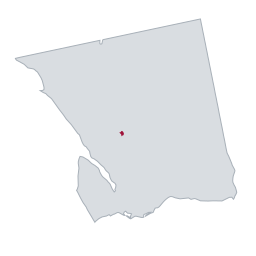 Abu Tig, Asyut, Egypt (highlighted), rotated 168°
{"feature_id": "37247803B24325700494067", "entity_name": "Abu Tig", "entity_type": "district", "adm_level": 2, "iso_a3": "EGY", "parent_name": "Egypt", "parent_adm1": "Asyut", "projection": "natural_earth1", "projection_center": [31.279, 27.037], "detail": "fine", "context": "in_parent", "style": "filled", "palette": "rose", "viewbox_px": 256, "rotation_deg": 168, "n_neighbors": 0, "source": "geoboundaries", "source_scale": "gbopen_adm2", "svg_char_len": 3606}
<svg xmlns="http://www.w3.org/2000/svg" viewBox="0 0 256 256"><g transform="rotate(168 128 128)"><path d="M223.7,219.5L218.5,219.6L213.3,219.6L208.0,219.6L202.8,219.6L197.6,219.6L192.4,219.6L187.1,219.6L181.9,219.6L176.7,219.6L171.5,219.6L166.3,219.6L161.0,219.6L155.8,219.6L150.6,219.6L145.4,219.6L140.2,219.6L137.2,219.6L137.7,217.9L138.0,216.7L137.7,215.9L136.6,215.7L136.0,215.9L134.4,219.4L133.6,219.6L131.8,219.6L125.7,219.6L119.6,219.6L113.5,219.6L107.4,219.6L101.4,219.6L95.3,219.6L89.2,219.6L83.1,219.6L77.1,219.6L71.0,219.6L64.9,219.6L58.8,219.6L52.7,219.6L46.7,219.6L40.6,219.6L34.5,219.6L34.6,215.3L34.6,211.1L34.7,206.8L34.7,202.5L34.8,198.3L34.8,194.0L34.9,189.8L34.9,185.5L35.0,181.3L35.0,177.0L35.1,172.8L35.1,168.5L35.2,164.2L35.2,160.0L35.3,155.7L35.3,151.5L35.4,147.2L35.5,143.0L35.5,138.7L35.6,134.4L35.6,130.2L35.7,125.9L35.8,121.7L35.8,117.4L35.9,113.1L35.9,108.9L36.0,104.6L36.1,100.4L36.1,96.1L36.2,91.8L36.3,87.6L36.3,83.3L36.2,82.5L35.4,79.6L34.7,76.0L33.9,71.4L33.8,70.0L32.4,65.3L32.3,64.0L32.7,63.1L35.1,59.1L35.8,57.2L36.5,54.9L36.7,53.1L36.1,50.2L35.3,47.7L35.1,45.1L35.0,42.5L36.2,40.7L37.7,39.1L38.2,38.1L39.1,36.9L39.7,36.4L40.8,38.7L43.3,39.1L51.2,37.1L59.9,39.1L64.8,39.9L72.2,41.7L76.7,44.8L77.9,45.2L81.2,45.1L83.3,47.0L91.8,47.9L96.3,49.9L98.9,51.6L100.4,52.1L101.8,52.0L103.6,51.4L106.0,50.2L108.5,48.6L113.8,44.5L115.6,43.8L116.8,44.0L118.3,43.9L118.9,42.8L119.7,42.1L120.2,41.2L121.0,40.2L123.7,39.9L129.2,38.1L128.6,38.9L123.6,40.9L125.7,41.2L127.9,40.5L130.4,40.1L130.9,39.2L131.2,37.6L131.7,37.4L133.4,37.7L138.5,40.1L139.8,40.2L143.4,38.9L144.2,38.6L145.3,39.3L148.0,42.4L147.1,42.3L144.2,39.7L144.0,41.0L142.4,43.3L144.4,44.3L146.0,44.7L146.9,45.9L147.5,47.1L149.1,46.6L150.3,45.0L149.7,44.2L149.3,43.3L149.8,43.2L150.9,44.0L154.2,46.9L155.3,47.5L156.5,47.4L159.2,46.6L159.9,46.7L163.5,45.6L163.9,46.4L164.5,47.2L167.3,46.4L171.8,46.4L175.4,45.4L179.7,43.1L180.0,42.7L180.2,43.3L180.8,44.9L182.1,48.9L183.2,52.1L184.7,56.5L185.1,58.2L185.3,59.3L187.4,64.2L188.6,68.1L189.5,71.4L190.7,76.1L191.3,77.7L190.4,78.6L188.7,81.6L186.9,91.4L184.3,99.0L184.0,103.7L183.6,105.4L182.4,107.9L180.8,110.2L178.1,109.0L173.6,104.8L171.0,100.9L168.2,98.3L165.5,95.0L164.8,92.5L164.8,91.0L163.7,87.2L162.8,85.4L159.6,81.3L158.6,79.2L157.9,78.2L157.2,76.9L156.1,71.6L154.8,68.3L153.3,69.2L153.6,70.6L152.3,72.6L151.6,74.8L152.2,76.6L154.8,79.4L155.3,80.7L155.9,83.3L155.9,86.9L156.3,88.1L158.3,90.8L159.0,92.4L159.4,93.8L160.1,95.0L162.0,97.4L164.8,101.8L167.5,104.8L169.5,106.2L170.3,107.7L170.5,111.4L170.4,113.2L172.1,116.5L172.7,118.2L174.3,119.6L175.1,121.2L175.8,123.8L176.9,131.4L178.3,133.2L182.8,143.2L186.5,149.5L188.4,154.2L191.2,160.0L196.7,172.6L199.9,176.5L201.2,178.7L203.5,180.3L206.1,182.8L203.7,182.5L203.1,182.7L202.2,183.1L201.8,184.6L201.7,185.8L202.0,192.2L202.7,195.4L204.9,201.6L206.5,203.4L207.2,204.6L208.3,205.5L213.4,207.6L216.4,212.0L223.0,217.6L223.7,219.2L223.7,219.5Z" fill="#d9dde1" stroke="#a8b0b8" stroke-width="1"/><path d="M136.1,124.7L135.9,124.4L135.8,124.2L135.7,124.0L135.6,123.9L135.4,123.8L135.4,123.7L135.2,123.4L135.2,123.2L135.2,122.9L135.3,122.8L135.3,122.7L135.3,122.4L135.1,122.5L134.9,122.6L134.7,122.7L134.4,122.7L134.4,122.8L134.4,123.0L134.2,123.0L134.1,123.3L134.1,123.5L133.9,123.7L133.9,123.8L134.0,123.9L134.0,124.0L134.1,124.3L134.2,124.5L134.2,124.8L134.3,124.9L134.4,125.0L134.5,125.0L134.6,125.3L134.6,125.5L134.8,125.6L135.0,125.5L135.0,125.4L134.9,125.3L134.9,125.2L135.0,125.2L135.3,125.1L135.5,125.0L135.5,124.9L135.8,124.8L136.0,124.7L136.1,124.7Z" fill="#f43f5e" stroke="#9f1239" stroke-width="1.5"/></g></svg>